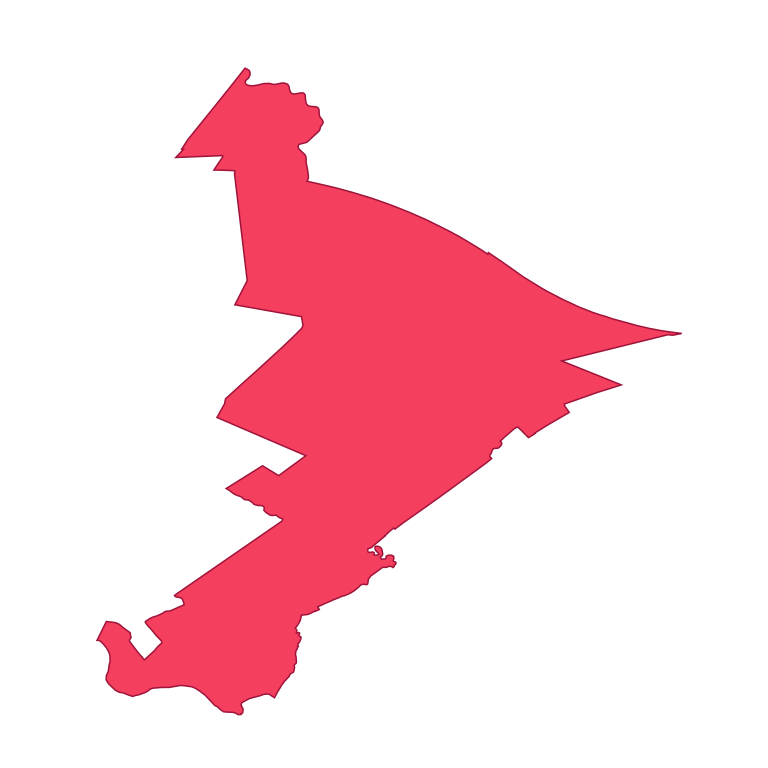 Ciorogarla, Giurgiu, Romania (Robinson projection), rotated 357°
{"feature_id": "2599482B38423269325251", "entity_name": "Ciorogarla", "entity_type": "district", "adm_level": 2, "iso_a3": "ROU", "parent_name": "Romania", "parent_adm1": "Giurgiu", "projection": "robinson", "projection_center": [25.874, 44.434], "detail": "fine", "context": "isolated", "style": "filled", "palette": "rose", "viewbox_px": 768, "rotation_deg": 357, "n_neighbors": 0, "source": "geoboundaries", "source_scale": "gbopen_adm2", "svg_char_len": 6100}
<svg xmlns="http://www.w3.org/2000/svg" viewBox="0 0 768 768"><g transform="rotate(357 384 384)"><path d="M223.8,706.6L225.7,704.8L226.3,701.4L224.5,697.0L225.1,695.0L228.6,693.2L233.4,691.0L244.4,688.7L247.8,687.6L251.1,687.5L253.2,687.9L258.2,691.6L261.3,686.4L265.3,680.6L266.1,679.1L268.1,677.2L268.2,676.5L268.9,675.9L274.2,670.8L274.6,669.4L276.3,668.0L277.6,667.5L278.7,666.8L279.5,664.1L279.9,662.3L279.5,660.9L279.6,660.3L280.2,659.4L281.6,658.4L282.0,657.0L281.9,651.8L281.4,649.5L281.8,647.9L281.8,646.6L283.5,643.7L284.2,642.3L283.9,641.7L284.8,641.2L284.1,640.1L284.3,639.3L286.1,637.4L287.3,635.0L287.9,632.9L287.8,632.2L286.0,631.0L285.8,630.6L286.5,629.3L286.7,628.4L285.9,627.7L284.3,628.1L283.7,628.0L283.4,627.7L283.4,627.4L284.1,626.0L283.9,624.9L282.7,623.2L286.0,619.1L286.8,617.8L287.7,616.3L288.5,614.3L289.4,610.5L292.7,610.4L295.9,610.1L297.3,609.7L303.7,607.0L303.9,607.3L307.6,605.8L306.2,603.0L322.1,596.9L327.8,595.0L331.1,593.7L333.6,593.3L339.3,591.2L343.9,588.6L347.7,585.8L350.2,583.6L351.2,583.1L352.3,582.9L353.6,583.0L356.2,583.5L356.7,583.3L357.1,583.0L357.6,581.4L358.0,578.9L358.4,577.7L359.8,576.3L360.8,575.0L372.9,567.1L376.9,567.2L379.6,566.3L382.0,566.7L383.3,567.8L384.6,566.8L384.5,566.0L384.8,565.2L385.6,565.1L386.1,564.8L386.3,564.2L386.6,563.4L386.5,562.7L386.2,562.4L384.3,561.7L384.0,561.1L384.2,560.1L384.6,559.3L384.7,557.9L384.7,557.1L384.4,556.4L383.5,555.8L382.2,555.3L381.4,555.2L379.6,555.2L378.1,555.6L377.1,556.3L376.9,558.1L376.4,558.6L375.3,558.8L374.6,558.7L372.8,558.9L371.5,557.7L371.3,557.0L373.3,555.2L373.7,554.1L373.8,552.9L373.4,550.4L373.4,549.6L372.7,547.9L371.2,546.4L368.7,545.6L367.2,545.6L366.6,546.0L366.4,546.7L366.5,548.3L367.0,549.9L369.3,552.4L369.9,553.6L369.9,554.1L368.2,554.5L366.5,554.5L365.5,554.4L365.2,554.1L365.0,553.3L365.4,552.6L365.3,551.8L364.9,551.5L363.7,551.2L360.4,551.4L359.5,551.1L359.1,550.5L359.2,548.5L359.3,547.9L359.9,547.4L361.5,547.2L363.1,546.6L363.6,546.2L363.6,545.9L377.3,535.7L377.0,535.4L380.3,532.9L380.1,532.7L386.0,528.4L387.2,529.5L396.0,523.6L414.0,512.3L434.6,499.2L477.0,471.5L483.3,467.3L487.6,464.0L486.1,462.3L486.0,461.7L486.0,460.8L486.1,460.3L486.5,459.8L487.1,459.4L487.5,458.7L488.6,455.9L489.8,454.5L490.3,454.3L491.0,454.1L493.5,454.1L494.3,454.0L494.9,453.9L495.9,453.2L497.0,452.2L497.8,451.3L498.4,450.1L498.5,449.3L498.3,448.6L497.9,448.0L497.0,447.3L501.4,443.5L505.6,440.3L511.3,435.8L513.8,434.4L514.7,434.1L515.9,434.5L517.2,435.9L525.5,445.1L531.6,441.8L532.5,441.2L532.2,440.8L532.7,440.5L545.1,433.6L567.5,422.1L563.5,415.7L563.0,413.5L596.3,403.7L620.9,397.3L562.7,370.3L669.8,349.7L675.1,350.4L684.0,349.1L674.5,347.4L663.1,345.1L651.3,342.2L638.8,338.6L616.3,331.1L606.8,327.4L604.0,326.5L596.1,323.4L582.9,317.4L567.3,309.1L564.2,307.3L551.3,299.7L545.9,296.2L528.8,284.4L509.7,269.3L495.1,258.2L494.5,259.8L489.5,256.1L484.5,252.6L468.6,241.8L458.4,235.5L442.2,226.3L433.7,221.6L420.9,215.2L409.1,209.6L398.1,204.7L381.3,197.8L363.6,191.4L347.1,185.9L330.3,181.0L317.7,177.5L318.8,175.6L319.3,174.1L319.4,173.0L319.1,168.2L318.8,165.4L317.9,159.3L318.0,153.3L317.0,150.8L313.0,146.6L311.0,144.3L310.7,142.2L311.0,141.0L311.5,140.4L314.0,139.7L318.9,138.8L320.6,137.8L332.1,128.2L332.9,127.3L333.4,126.1L334.0,124.1L334.4,123.3L335.1,122.6L336.2,121.1L336.8,120.0L336.9,119.1L336.6,118.0L336.3,117.2L335.6,116.3L333.9,113.6L333.6,112.5L333.4,109.9L333.5,106.8L332.9,105.2L332.3,104.5L331.4,103.9L330.2,103.6L324.2,102.7L323.5,102.4L322.3,101.6L321.0,99.8L320.4,94.9L320.5,92.3L320.4,91.5L320.1,90.6L319.7,90.0L318.5,89.1L316.5,88.9L310.9,89.6L309.5,89.7L308.2,89.5L306.4,88.6L305.1,85.3L304.7,82.0L304.2,80.7L303.4,79.6L300.9,78.5L299.3,78.1L296.6,78.2L293.1,78.9L289.6,79.1L285.2,77.8L280.1,77.7L279.2,77.8L273.2,78.9L269.6,79.3L267.3,79.3L265.3,78.9L263.8,78.5L262.0,77.5L261.7,77.3L261.5,76.9L261.4,75.5L261.5,74.3L262.0,73.6L264.4,71.6L265.2,70.8L265.5,69.6L266.2,68.9L266.4,68.2L266.5,66.3L266.4,65.4L266.1,64.5L265.7,63.8L264.2,62.7L261.8,61.3L249.0,75.9L229.4,97.9L203.2,127.1L201.1,129.4L194.5,138.5L195.2,138.9L194.9,139.1L196.0,139.2L187.9,146.9L234.8,147.5L234.9,148.6L225.3,161.4L235.8,162.2L246.2,163.2L245.7,166.8L245.8,167.4L252.8,273.6L239.2,297.1L305.1,312.4L306.2,321.2L304.6,324.3L300.9,327.5L299.8,328.6L286.2,340.4L257.5,364.1L245.0,374.1L230.0,386.4L225.0,390.4L223.7,395.5L215.4,408.7L302.2,451.5L274.0,470.0L258.4,459.3L220.9,480.1L223.9,482.1L227.1,484.9L229.5,486.6L232.3,487.9L233.8,488.4L235.7,489.4L238.4,492.0L240.1,492.5L242.3,492.7L244.0,493.6L246.8,496.0L247.8,497.3L250.7,498.4L252.7,498.9L253.5,498.7L255.9,499.3L257.1,499.9L257.8,500.8L257.9,501.7L257.4,503.8L259.4,506.2L263.7,509.2L265.9,509.5L269.3,509.3L272.6,512.0L275.8,513.5L275.0,515.5L167.7,581.6L163.7,584.2L163.9,584.6L164.8,585.5L165.6,585.9L167.9,586.3L170.6,587.3L171.6,589.0L172.7,592.5L172.8,594.0L158.6,599.4L153.8,599.6L150.8,601.4L147.9,602.6L145.0,603.7L141.6,604.5L138.3,605.7L137.5,606.1L136.3,607.1L135.3,607.4L133.7,608.4L133.1,609.2L133.2,609.7L135.7,613.4L138.4,616.5L143.7,623.7L147.8,628.3L148.7,630.1L148.7,630.6L148.3,631.1L144.5,634.3L140.3,638.7L130.3,646.9L129.2,645.7L128.1,643.9L126.6,642.3L126.2,641.7L124.2,639.1L116.5,627.7L116.4,626.9L116.6,626.4L116.8,625.8L117.9,624.3L118.2,623.6L118.1,622.9L117.8,622.4L117.6,621.7L117.7,620.3L117.4,619.0L110.9,613.8L107.4,610.4L106.4,609.7L103.6,608.4L99.1,607.4L96.2,607.0L94.3,606.6L84.0,625.0L85.7,625.1L87.1,625.9L88.7,627.4L90.3,629.2L91.6,631.1L93.3,633.4L95.3,637.7L96.1,641.0L95.9,646.7L94.8,650.4L94.2,653.8L93.4,657.0L92.2,659.2L91.4,660.9L91.1,664.8L92.1,667.0L93.4,669.0L94.8,670.6L99.5,675.6L101.8,677.0L103.7,678.1L106.4,678.6L107.6,678.9L112.7,681.3L116.6,682.8L118.0,682.6L119.0,682.1L122.7,681.6L129.7,679.5L132.7,677.9L134.4,676.6L136.5,675.8L138.5,675.6L140.7,675.6L143.9,675.4L151.1,675.6L153.2,675.8L165.1,674.4L168.4,674.8L176.5,676.4L180.0,678.2L183.5,680.7L189.1,685.4L198.3,696.3L200.6,697.5L203.6,700.6L206.6,702.9L209.0,703.3L216.1,704.0L218.4,704.8L220.4,706.1L221.6,706.7L223.5,706.2L223.8,706.6Z" fill="#f43f5e" stroke="#9f1239" stroke-width="1.5"/></g></svg>